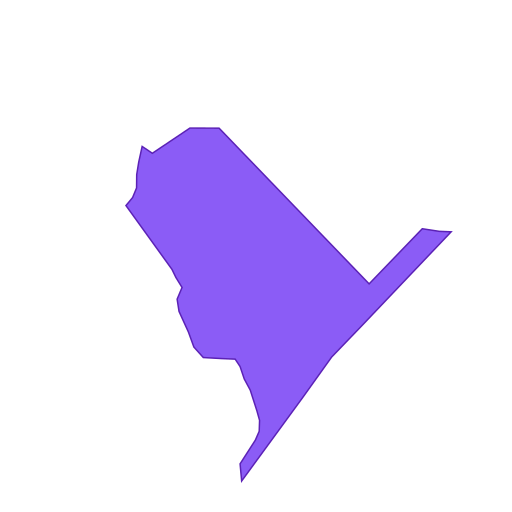 Vista Serrana, Paraíba, Brazil (Natural Earth projection), rotated 138°
{"feature_id": "56859067B19938607115103", "entity_name": "Vista Serrana", "entity_type": "district", "adm_level": 2, "iso_a3": "BRA", "parent_name": "Brazil", "parent_adm1": "Paraíba", "projection": "natural_earth1", "projection_center": [-37.563, -6.761], "detail": "fine", "context": "isolated", "style": "filled", "palette": "violet", "viewbox_px": 512, "rotation_deg": 138, "n_neighbors": 0, "source": "geoboundaries", "source_scale": "gbopen_adm2", "svg_char_len": 601}
<svg xmlns="http://www.w3.org/2000/svg" viewBox="0 0 512 512"><g transform="rotate(138 256 256)"><path d="M267.3,413.6L280.4,404.2L290.2,396.3L299.2,386.5L308.6,382.0L318.9,380.5L327.4,302.3L329.9,293.6L332.0,282.1L343.5,276.7L350.3,266.3L357.1,244.7L363.1,229.9L363.1,215.8L350.0,202.6L340.5,193.3L341.8,184.5L347.0,172.5L350.0,160.2L358.9,140.4L363.3,131.5L370.9,123.6L379.7,119.6L406.9,112.2L417.2,98.4L315.9,119.6L267.3,130.3L223.8,133.4L94.8,143.4L103.3,151.7L114.2,165.0L190.6,159.6L197.9,375.7L219.5,395.3L264.3,401.7L267.3,413.6Z" fill="#8b5cf6" stroke="#5b21b6" stroke-width="1.5"/></g></svg>